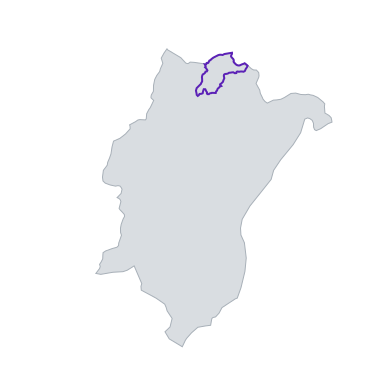 Bulgaria, with Kyustendil highlighted, rotated 117°
{"feature_id": "BGR-2252", "entity_name": "Kyustendil", "entity_type": "Province", "adm_level": 1, "iso_a3": "BGR", "parent_name": "Bulgaria", "parent_adm1": "", "projection": "mercator", "projection_center": [22.877, 42.321], "detail": "fine", "context": "in_parent", "style": "outline", "palette": "violet", "viewbox_px": 384, "rotation_deg": 117, "n_neighbors": 0, "source": "natural_earth", "source_scale": "10m", "svg_char_len": 3642}
<svg xmlns="http://www.w3.org/2000/svg" viewBox="0 0 384 384"><g transform="rotate(117 192 192)"><path d="M308.2,240.7L302.1,239.6L299.9,240.0L298.5,241.5L295.7,241.2L292.1,241.2L288.4,242.9L286.4,243.7L283.6,242.1L278.5,237.3L275.4,233.9L273.1,233.1L270.8,234.1L262.5,235.2L260.6,237.2L256.7,239.3L252.9,240.4L247.4,241.1L244.5,241.0L242.8,242.0L241.5,245.2L240.5,248.2L239.7,249.5L232.8,251.0L231.3,252.7L230.9,254.5L231.0,256.2L225.5,254.5L221.3,255.6L220.3,256.9L219.4,258.8L219.9,260.8L221.5,262.8L222.9,268.1L223.5,273.3L222.6,276.3L219.4,278.5L212.9,280.8L206.6,279.7L203.8,280.6L199.1,280.9L194.8,281.5L188.2,283.7L182.3,285.0L176.9,280.6L170.5,277.6L163.8,275.8L161.5,277.1L160.5,278.1L154.9,274.2L152.4,272.9L151.2,271.4L148.9,266.2L147.5,266.0L142.9,267.9L138.4,267.9L135.7,267.5L127.8,267.7L126.7,271.3L125.7,271.8L124.0,272.3L119.8,272.1L114.4,274.7L108.6,276.3L104.1,276.3L99.4,275.5L96.6,276.1L90.6,276.4L86.7,280.2L80.8,280.0L75.8,279.3L76.4,278.1L77.4,262.9L79.9,256.2L79.8,254.8L79.3,253.7L77.1,252.6L75.5,248.9L72.2,239.2L70.3,237.3L65.2,235.2L60.6,232.4L56.8,228.7L49.7,219.5L53.3,218.6L54.4,216.7L57.9,211.7L58.3,209.2L58.0,207.8L55.6,205.4L53.9,200.0L55.2,195.1L55.3,192.5L54.1,190.0L55.3,186.8L57.9,185.1L59.5,184.6L66.2,184.2L70.5,177.9L73.1,175.9L75.8,172.3L77.0,170.9L78.2,168.1L78.6,165.3L73.2,161.2L71.4,158.2L69.0,154.9L65.8,152.5L59.3,148.6L56.8,144.5L55.7,139.3L53.9,135.3L52.1,132.7L51.7,130.6L50.9,128.0L50.7,122.9L52.2,116.1L53.2,113.7L55.4,113.0L61.3,109.4L61.6,104.7L62.6,101.8L64.5,100.2L66.2,99.0L69.4,101.8L77.2,106.1L80.9,109.2L80.8,111.1L79.0,113.1L75.6,115.0L73.6,117.4L73.1,120.5L73.6,122.7L75.9,124.6L89.9,122.1L104.0,123.4L123.0,127.6L135.6,129.1L144.9,127.2L162.1,130.7L178.1,134.0L193.5,134.9L202.1,132.4L208.1,128.9L213.4,122.3L226.2,113.7L238.7,108.8L255.1,104.9L266.0,103.5L267.5,104.9L281.4,112.8L287.6,112.9L292.6,114.3L294.4,116.4L295.7,116.9L302.3,114.9L305.3,119.3L309.9,125.4L317.7,128.5L324.7,130.3L326.9,130.6L334.3,130.4L333.2,145.6L328.8,152.6L322.2,150.3L313.7,152.3L309.2,160.2L306.6,162.6L304.3,165.4L302.9,175.7L302.5,192.6L299.3,194.6L296.4,195.2L284.1,210.0L291.1,214.2L294.3,217.3L299.4,226.0L306.8,235.9L308.2,240.7Z" fill="#d9dde1" stroke="#a8b0b8" stroke-width="1"/><path d="M49.8,219.6L50.7,219.1L52.6,219.1L53.4,218.8L54.0,217.9L54.8,215.6L55.5,214.7L56.2,214.4L56.7,214.3L57.2,213.9L57.7,212.9L58.4,210.7L58.5,209.4L58.3,208.4L58.0,207.6L57.4,206.8L56.0,205.8L53.6,203.6L53.4,203.5L53.6,202.3L54.2,199.8L56.0,199.7L58.2,200.0L60.0,199.8L61.4,200.6L62.0,202.3L62.8,203.8L63.6,204.7L63.8,205.9L64.6,206.8L65.9,206.5L66.7,207.7L66.6,209.6L67.3,210.7L68.2,211.9L68.9,213.1L70.0,213.7L71.0,214.7L71.7,216.0L72.8,216.7L74.1,216.4L75.9,214.9L78.6,214.7L79.6,214.4L82.1,215.2L83.0,215.8L83.8,215.7L84.3,214.0L85.6,215.1L87.0,215.4L88.2,216.0L89.5,215.9L90.3,215.7L91.0,216.1L92.1,216.1L93.0,215.8L94.6,219.3L95.1,219.6L95.4,220.2L96.2,221.0L97.2,221.4L97.8,222.7L97.4,223.5L96.4,223.8L95.9,224.9L94.4,226.8L95.1,228.2L97.1,227.9L99.2,227.3L100.3,228.3L101.2,229.8L102.6,229.9L103.8,230.5L103.3,231.9L102.1,232.7L99.9,234.5L97.3,235.0L91.5,233.1L90.6,233.3L89.8,233.2L88.8,233.2L86.5,234.4L85.2,235.3L83.8,235.7L82.4,235.8L81.2,235.0L79.9,234.5L78.6,234.6L77.8,233.5L76.6,233.5L75.3,235.7L74.9,237.0L74.0,236.8L73.2,237.6L72.6,238.4L72.5,237.9L72.3,237.6L71.8,237.3L71.5,237.3L70.8,237.5L70.5,237.5L70.1,237.2L70.0,236.8L69.9,236.4L69.6,236.2L69.2,236.1L67.1,236.2L66.8,236.1L66.6,235.8L66.4,235.6L66.2,235.4L64.9,235.1L62.6,234.0L62.2,233.7L58.3,230.9L57.3,229.9L57.2,229.7L56.6,228.7L56.0,226.9L54.3,225.7L49.8,219.6Z" fill="none" stroke="#5b21b6" stroke-width="2"/></g></svg>